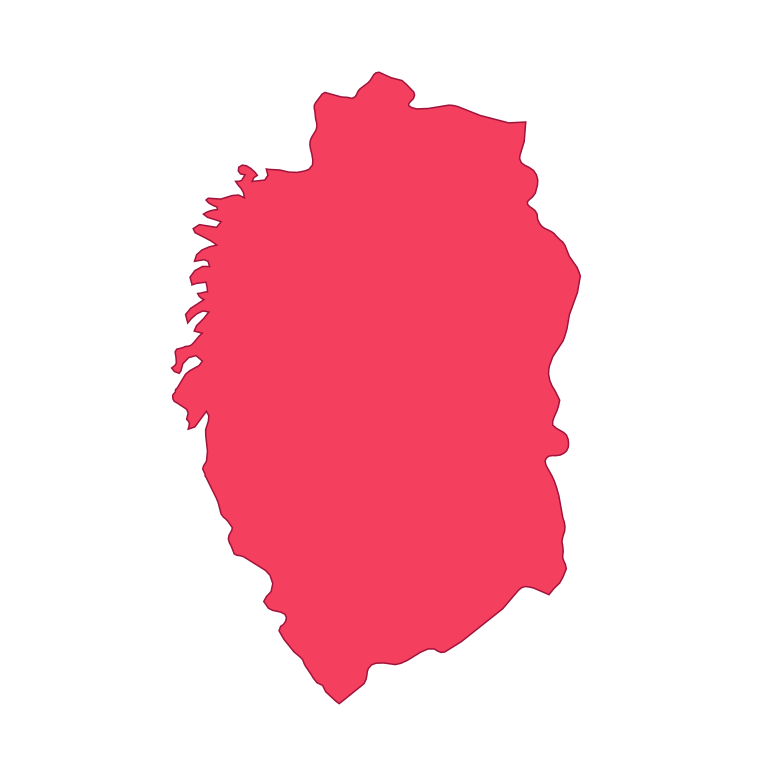 outline of Iwate, rotated 171°
{"feature_id": "JPN-1865", "entity_name": "Iwate", "entity_type": "Prefecture", "adm_level": 1, "iso_a3": "JPN", "parent_name": "Japan", "parent_adm1": "", "projection": "robinson", "projection_center": [141.477, 39.602], "detail": "fine", "context": "isolated", "style": "filled", "palette": "rose", "viewbox_px": 768, "rotation_deg": 171, "n_neighbors": 0, "source": "natural_earth", "source_scale": "10m", "svg_char_len": 4253}
<svg xmlns="http://www.w3.org/2000/svg" viewBox="0 0 768 768"><g transform="rotate(171 384 384)"><path d="M478.3,75.3L481.3,78.4L489.7,89.1L491.8,95.9L497.0,99.5L499.9,104.7L501.4,108.5L505.7,117.6L506.5,119.9L507.4,124.3L509.5,127.4L514.8,133.5L522.8,147.5L526.3,156.7L524.0,160.8L521.1,162.1L518.3,165.0L516.9,168.6L517.8,172.0L521.6,174.8L529.5,177.9L533.2,180.6L536.8,188.0L533.5,192.3L528.0,196.7L525.1,204.2L526.5,212.9L530.3,218.5L549.5,235.2L552.7,236.9L556.0,237.8L558.5,239.6L560.2,247.5L561.5,251.4L562.0,255.3L560.7,258.9L557.2,263.4L556.3,265.9L559.5,272.5L561.4,275.4L563.5,277.8L565.2,281.0L566.3,292.3L567.3,297.0L574.3,319.5L575.1,321.2L574.8,323.2L575.7,325.7L576.3,328.5L575.1,331.3L571.9,334.9L571.1,336.6L568.9,345.2L568.1,361.4L567.3,366.8L563.3,374.8L562.0,380.0L563.7,384.8L577.5,371.2L584.5,370.0L583.0,373.4L582.4,375.8L582.9,377.8L584.5,380.0L581.9,386.1L583.0,390.0L591.4,397.7L592.9,398.8L594.1,400.1L594.8,402.4L594.5,405.9L593.1,407.4L591.5,408.5L590.7,411.2L588.8,412.4L578.4,424.8L573.6,427.6L563.8,431.1L559.8,435.0L565.2,441.4L572.8,440.6L579.5,435.5L582.5,428.7L584.7,426.6L589.0,429.1L591.3,433.0L587.6,435.0L585.8,437.2L585.3,442.5L585.3,448.4L583.3,450.8L577.1,451.4L574.2,452.2L571.4,451.9L568.2,452.6L565.5,454.6L559.1,460.2L555.6,462.6L563.2,466.0L560.0,471.0L552.1,476.7L545.7,482.5L551.5,484.5L558.1,482.5L564.1,478.7L568.3,475.0L569.1,483.7L563.1,489.0L548.6,495.5L550.9,497.1L552.8,499.5L553.9,502.6L551.4,502.4L546.3,502.9L543.9,502.6L543.6,507.4L543.9,512.4L553.6,512.7L558.2,511.9L558.1,512.4L558.9,519.8L553.1,525.6L544.8,528.5L537.8,527.3L538.7,532.8L542.3,534.9L552.0,534.8L548.9,541.0L542.8,544.9L535.1,546.8L527.4,547.4L532.6,552.5L546.9,563.0L548.2,567.3L541.4,570.3L524.9,564.9L519.5,569.8L532.2,576.2L535.8,580.0L532.4,581.4L528.8,582.2L525.1,582.5L521.3,582.3L521.3,585.0L524.5,586.8L528.8,590.2L531.0,593.5L528.5,595.0L516.3,592.2L504.3,593.9L498.1,593.4L492.7,589.7L492.9,595.1L494.5,599.3L496.9,603.2L498.9,607.4L495.4,606.9L492.6,607.5L488.5,612.4L492.9,613.9L494.6,617.4L493.5,620.8L489.6,622.4L485.7,621.0L481.8,617.7L478.5,613.6L476.4,609.9L480.3,608.1L482.5,604.7L469.8,604.1L466.0,608.3L466.6,614.8L464.6,614.1L453.2,611.6L444.9,608.2L436.6,606.6L429.1,606.8L424.5,607.8L420.4,611.4L419.3,616.2L419.3,622.1L419.8,627.6L419.8,631.7L419.0,635.3L417.7,637.8L415.7,640.5L413.3,643.1L411.1,646.0L409.9,649.4L409.7,652.7L410.1,656.5L409.6,664.0L409.8,667.1L409.3,670.0L407.6,672.5L399.7,680.1L396.7,681.2L381.3,674.2L374.9,672.7L370.9,671.1L367.6,672.2L365.7,674.3L364.0,677.1L361.5,679.3L353.0,683.8L350.2,685.9L345.7,691.1L343.3,692.6L340.1,692.7L329.1,685.4L318.7,680.9L314.9,676.3L308.9,667.7L308.6,664.5L310.2,661.4L314.8,657.9L315.7,656.7L316.0,655.1L313.5,652.7L308.7,650.6L297.1,649.2L276.5,649.3L272.8,648.5L267.9,646.6L247.2,634.3L220.0,622.4L203.0,620.6L207.6,601.5L213.9,588.7L214.8,585.2L213.7,581.0L211.0,578.2L207.1,575.5L202.9,571.5L200.8,566.9L200.2,561.7L201.3,556.5L204.6,549.0L207.9,545.6L211.2,543.6L213.6,541.8L214.2,539.3L212.6,536.6L210.1,534.3L207.7,531.6L206.2,527.9L206.5,522.7L205.4,518.7L203.6,515.2L201.0,512.6L195.0,508.5L192.4,505.9L190.8,503.2L187.6,498.8L185.4,496.5L183.6,492.7L181.0,481.1L175.1,469.0L173.9,464.1L173.2,459.9L178.6,444.2L190.1,423.3L194.6,410.0L197.6,403.6L200.3,398.7L213.1,384.5L217.6,376.3L218.9,372.8L219.9,368.2L219.7,361.5L218.4,356.1L216.0,350.2L213.0,340.5L215.1,335.0L217.1,331.0L221.6,324.0L223.3,320.4L223.8,317.0L220.8,313.4L214.1,308.0L211.8,305.0L210.8,300.7L211.0,296.6L211.8,292.9L214.3,289.2L217.4,287.4L220.9,286.3L225.1,286.3L228.7,286.9L232.1,287.0L235.1,285.6L237.0,282.7L236.6,278.0L232.5,267.0L230.8,260.8L229.6,253.6L229.3,250.5L228.8,246.6L228.3,224.1L227.5,218.9L227.6,214.4L228.6,210.5L231.3,205.1L232.9,200.7L232.8,195.9L233.2,190.4L234.2,187.0L234.7,184.1L234.0,180.6L233.1,177.5L232.8,173.0L237.4,165.4L241.6,160.0L248.2,155.4L254.0,150.1L268.2,159.1L272.4,160.8L276.3,161.9L279.9,161.3L283.4,159.3L302.0,143.4L347.8,117.5L365.9,109.8L369.6,109.9L372.8,111.8L375.7,114.4L382.0,115.4L389.8,113.4L403.9,107.5L411.0,105.5L416.7,105.1L427.9,108.5L435.5,109.5L440.4,108.5L444.0,105.4L445.6,102.3L446.5,98.8L447.9,95.0L450.7,91.1L476.4,76.3L478.3,75.3Z" fill="#f43f5e" stroke="#9f1239" stroke-width="1.5"/></g></svg>